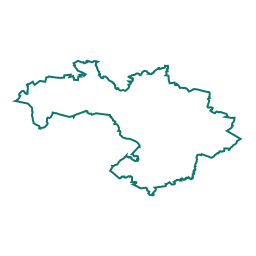 Isnaudas pag., Ludzas, Latvia
{"feature_id": "27541924B87627734072498", "entity_name": "Isnaudas pag.", "entity_type": "district", "adm_level": 2, "iso_a3": "LVA", "parent_name": "Latvia", "parent_adm1": "Ludzas", "projection": "robinson", "projection_center": [27.797, 56.478], "detail": "fine", "context": "isolated", "style": "outline", "palette": "teal", "viewbox_px": 256, "rotation_deg": 0, "n_neighbors": 0, "source": "geoboundaries", "source_scale": "gbopen_adm2", "svg_char_len": 5759}
<svg xmlns="http://www.w3.org/2000/svg" viewBox="0 0 256 256"><path d="M211.2,157.8L213.8,156.5L214.2,155.8L214.8,155.4L215.0,154.8L215.5,154.7L217.4,153.2L218.2,153.3L218.2,152.8L219.3,152.2L219.6,151.4L220.5,151.3L221.2,151.7L224.2,151.1L224.3,148.5L226.8,148.4L228.7,148.7L228.8,149.9L229.2,149.9L230.8,147.4L231.8,147.0L233.4,145.1L234.9,144.4L236.4,143.2L236.9,141.2L240.6,138.9L226.9,130.9L231.3,128.0L232.6,125.9L232.0,125.7L232.4,122.9L233.7,121.8L234.2,120.3L234.5,117.7L231.3,117.9L225.4,116.9L227.5,116.1L226.6,114.0L220.2,111.9L219.0,112.4L216.8,111.5L214.8,112.8L214.8,113.1L212.9,112.5L211.7,111.5L210.4,110.7L211.1,109.8L212.1,109.4L212.7,108.0L211.4,107.3L208.2,107.6L207.4,106.7L209.2,100.9L208.0,98.9L209.8,98.0L209.1,97.0L209.5,96.8L209.7,93.0L209.2,92.2L204.3,91.3L197.7,89.5L193.8,89.0L191.2,90.6L188.9,91.5L187.1,89.0L185.7,88.2L184.8,87.9L183.1,88.0L181.5,87.7L179.8,87.9L178.8,85.6L177.4,84.5L176.5,83.9L176.2,84.5L176.3,85.1L175.7,85.2L174.9,84.7L174.6,82.6L169.7,83.3L168.7,80.0L168.6,76.7L168.3,75.7L165.8,75.3L166.6,74.6L166.2,71.6L167.6,71.3L166.9,69.1L167.8,68.9L168.1,67.4L167.9,65.8L166.7,66.0L165.0,65.8L165.0,66.9L164.5,67.5L163.5,68.1L162.3,68.0L161.4,68.7L160.1,68.7L159.6,69.1L159.3,68.9L159.0,68.0L158.3,68.1L158.1,68.9L156.5,69.6L154.1,71.5L153.7,71.9L153.7,72.7L152.0,73.3L151.9,73.8L151.6,74.0L150.4,74.1L149.1,73.9L149.3,73.8L148.8,73.0L147.4,72.4L146.8,71.4L144.4,70.8L142.0,72.5L141.7,73.6L140.5,75.3L139.7,75.2L139.0,73.8L138.2,73.5L137.1,73.5L136.2,73.7L134.8,74.8L132.9,75.1L131.7,75.4L131.1,76.0L128.9,76.5L128.6,76.9L130.9,78.0L131.4,78.5L132.4,78.1L133.0,78.6L132.6,79.1L132.8,79.9L132.6,80.8L132.1,81.5L128.6,81.4L128.9,81.7L130.4,82.2L130.8,82.9L130.8,83.5L130.0,84.4L128.4,84.7L129.3,86.1L128.8,87.8L125.5,90.8L124.5,90.7L123.4,90.0L120.4,90.6L118.3,89.2L118.3,88.3L117.5,88.2L116.4,89.0L116.1,88.4L115.3,88.1L115.2,87.7L115.4,87.1L114.9,86.2L115.2,85.4L114.2,84.4L114.0,83.3L112.5,82.8L112.3,81.9L109.8,80.9L108.6,79.9L107.3,77.8L106.1,77.3L105.6,76.6L103.5,76.5L103.2,76.7L103.3,77.2L102.9,78.2L102.0,78.1L100.9,77.5L100.2,76.1L98.9,75.1L99.0,74.7L100.1,74.3L100.0,73.8L99.3,73.2L99.1,72.6L99.1,72.0L99.2,71.8L97.8,70.5L97.6,69.0L97.0,68.3L97.0,67.2L96.0,65.9L95.7,65.1L96.1,64.9L95.9,64.3L95.9,63.0L97.8,61.7L94.7,61.0L93.8,61.2L92.8,62.0L91.6,62.1L87.1,60.7L86.7,61.0L88.0,61.7L87.3,62.2L84.1,63.3L83.5,62.2L82.6,62.4L81.1,62.2L78.0,60.8L76.1,62.0L73.6,63.2L74.9,65.3L74.1,65.6L78.0,70.8L82.9,72.7L83.8,73.4L85.6,74.3L83.9,75.9L81.6,74.5L79.7,74.9L80.6,75.8L80.7,76.1L80.3,76.3L80.6,76.6L78.3,76.6L78.0,80.0L74.1,79.8L74.1,78.3L73.7,78.3L73.1,76.0L69.4,77.1L70.6,74.7L64.3,75.4L64.1,77.6L60.4,77.9L55.5,77.5L48.9,76.5L48.0,77.2L46.4,77.3L45.2,81.8L40.0,80.9L34.7,84.8L33.5,83.4L32.8,81.7L29.3,83.9L27.6,84.1L26.8,84.9L27.4,85.8L27.9,86.1L27.7,86.7L27.9,89.7L27.4,91.0L27.6,91.7L27.2,92.6L27.6,92.9L27.6,93.5L26.9,94.0L26.0,93.8L24.7,92.7L24.7,92.3L24.1,91.4L23.3,90.9L22.3,91.1L21.3,91.7L20.3,92.7L19.0,94.7L19.5,95.5L19.5,95.8L20.1,95.9L19.4,97.7L18.0,99.4L17.0,99.9L17.0,100.4L15.4,101.0L28.0,103.6L32.0,107.8L32.3,111.7L32.6,112.1L31.9,115.3L32.8,118.5L32.8,120.0L33.4,121.5L33.6,123.1L36.3,124.8L39.2,126.0L39.6,126.9L39.2,128.4L39.8,128.6L40.4,128.7L41.1,128.0L44.6,127.3L47.2,124.4L47.7,123.1L46.7,121.8L47.2,119.4L47.0,118.5L47.8,117.6L49.5,118.0L50.6,117.3L52.5,114.1L52.7,112.6L55.3,113.2L56.3,113.2L59.8,114.5L69.8,117.0L70.1,116.7L73.3,116.0L73.7,117.1L74.7,115.1L86.6,110.8L87.5,111.6L87.3,112.4L87.6,112.8L89.1,113.7L91.2,113.7L91.8,114.7L96.1,113.3L110.0,115.1L110.1,116.3L111.1,116.7L110.9,117.4L111.8,118.1L112.9,119.3L113.0,120.5L115.3,121.6L115.3,122.6L114.3,123.7L114.3,124.1L115.7,123.9L117.0,124.4L117.7,125.2L119.0,127.9L118.8,129.9L118.3,130.9L119.6,130.8L120.2,131.1L120.4,132.4L119.9,134.2L120.2,135.1L121.4,135.9L122.4,137.3L123.3,137.7L124.4,137.8L126.4,138.7L129.6,138.8L135.4,141.2L137.8,142.9L139.6,145.4L139.5,146.3L139.6,147.2L138.5,147.1L131.8,154.2L133.3,154.8L133.8,155.9L134.2,156.1L134.9,156.3L136.2,155.9L136.8,156.4L137.9,156.3L138.1,156.6L137.9,157.3L138.2,157.9L138.3,158.8L137.2,158.9L136.9,159.6L138.1,160.0L137.7,160.8L134.7,160.9L134.3,160.4L133.2,160.1L131.5,158.8L131.1,158.2L131.3,157.6L130.7,157.5L130.2,157.0L129.5,156.9L129.6,157.4L128.7,157.6L126.9,156.7L126.4,156.1L126.5,155.4L125.5,156.5L124.4,157.3L124.5,157.7L124.1,158.2L120.2,160.4L119.7,161.3L119.2,161.5L118.8,162.1L117.3,164.5L115.0,165.1L113.5,166.0L112.1,165.9L112.5,167.0L110.2,170.8L112.2,172.2L119.3,178.3L120.4,178.2L120.4,177.8L121.5,177.3L121.7,176.7L122.4,176.5L124.2,176.5L124.0,177.1L125.2,177.6L126.2,177.6L128.6,176.2L129.6,176.8L130.4,176.2L131.9,177.0L132.1,181.0L131.4,182.0L133.0,182.3L135.0,182.0L136.2,182.2L136.4,182.6L136.2,183.1L134.4,184.0L134.3,184.3L133.3,184.5L141.0,188.4L145.8,187.7L146.9,188.5L147.1,190.4L149.3,191.7L148.3,193.3L149.3,194.1L149.4,194.7L151.2,195.1L151.9,194.8L152.9,195.3L153.7,194.7L153.5,194.0L152.6,193.8L153.5,192.3L155.2,190.9L155.9,189.5L155.7,188.3L154.9,187.6L165.7,186.1L166.0,185.2L165.6,184.1L167.1,183.9L169.5,182.2L171.9,184.6L174.1,184.3L174.9,183.8L174.8,182.8L173.8,182.0L177.1,179.8L179.4,180.1L179.8,180.5L181.4,180.6L180.8,178.9L182.1,178.4L183.3,179.4L183.8,179.4L184.0,179.8L185.3,179.5L185.7,179.1L185.3,178.6L185.7,178.1L186.4,177.7L187.9,178.2L188.4,177.2L190.0,178.5L190.1,178.8L190.7,179.0L191.5,179.0L192.7,178.3L192.9,177.9L192.3,177.2L192.9,176.8L192.7,174.2L194.0,173.8L193.9,172.9L194.1,172.5L193.6,172.3L193.9,171.5L193.5,171.2L194.0,170.2L194.9,170.3L195.3,169.9L195.1,168.2L194.7,167.1L195.5,166.4L194.9,165.6L196.7,161.6L196.6,160.6L197.1,159.2L196.4,157.6L197.2,156.0L197.3,155.0L197.6,154.8L200.1,154.7L201.1,155.1L201.7,154.2L209.1,156.8L211.2,157.8Z" fill="none" stroke="#0f766e" stroke-width="2"/></svg>